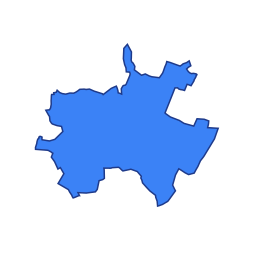 the district of Dambatta, Kano, Nigeria, rotated 114°
{"feature_id": "59680162B98747212970025", "entity_name": "Dambatta", "entity_type": "district", "adm_level": 2, "iso_a3": "NGA", "parent_name": "Nigeria", "parent_adm1": "Kano", "projection": "albers", "projection_center": [8.601, 12.428], "detail": "fine", "context": "isolated", "style": "filled", "palette": "blue", "viewbox_px": 256, "rotation_deg": 114, "n_neighbors": 0, "source": "geoboundaries", "source_scale": "gbopen_adm2", "svg_char_len": 2942}
<svg xmlns="http://www.w3.org/2000/svg" viewBox="0 0 256 256"><g transform="rotate(114 128 128)"><path d="M185.1,203.8L181.2,192.9L180.9,191.5L181.2,188.5L181.3,187.9L181.5,187.6L181.6,186.4L185.8,186.2L188.6,181.4L194.0,175.3L191.7,173.7L195.8,168.0L207.2,169.3L208.5,157.4L210.2,155.3L212.3,152.0L213.4,150.9L213.9,150.1L214.2,149.7L213.6,149.0L212.8,148.2L211.3,146.8L209.7,145.3L209.5,144.8L207.4,147.4L204.4,139.7L199.7,132.0L199.6,131.8L196.6,131.1L187.9,133.0L185.4,130.1L183.6,129.1L176.0,132.7L174.5,133.7L172.5,129.3L172.1,128.2L171.5,127.1L170.7,126.3L167.8,120.8L167.8,119.9L168.0,119.0L168.9,116.7L169.3,115.2L164.5,108.6L164.0,101.8L166.7,96.2L168.5,95.9L168.9,95.4L169.9,94.2L172.2,92.4L174.7,86.9L176.6,82.4L178.3,75.5L180.0,74.5L183.0,71.6L187.3,69.2L186.4,68.1L183.8,65.4L178.7,61.8L176.1,61.2L166.1,59.1L165.0,60.5L162.0,64.0L151.6,65.5L144.6,65.0L144.8,63.2L145.1,61.1L145.7,57.7L145.9,53.7L142.3,49.2L138.3,48.9L134.7,48.5L128.5,48.5L123.2,47.2L102.8,44.6L96.8,45.1L91.6,45.5L95.3,55.4L91.7,56.1L88.7,57.1L89.0,61.9L91.5,68.7L99.5,68.7L101.0,78.7L100.2,84.2L100.3,85.9L100.7,93.8L99.7,98.8L99.2,100.3L88.5,100.7L83.6,100.9L78.5,101.1L76.5,101.2L72.3,101.4L71.1,99.0L71.7,97.7L71.6,95.9L71.0,93.7L70.7,91.6L64.1,91.8L63.9,90.9L63.7,87.6L58.0,86.9L56.8,87.2L56.4,87.1L56.0,87.0L55.6,86.9L55.3,86.9L54.8,86.9L54.4,86.9L54.1,86.8L53.7,86.8L53.4,86.8L53.1,86.9L52.8,86.9L52.4,87.1L51.9,87.0L51.6,86.7L51.1,86.8L50.9,87.4L50.9,87.9L51.0,88.5L51.1,88.9L51.2,89.4L51.5,90.5L52.5,92.2L52.5,94.0L51.9,95.9L50.3,98.5L47.9,97.5L45.6,95.9L41.8,99.4L44.5,101.1L47.0,103.8L48.5,104.5L50.2,105.6L50.4,107.8L51.0,116.1L51.5,119.6L54.1,119.2L57.3,119.2L61.5,118.8L63.7,118.7L69.3,119.8L71.5,127.1L71.8,129.8L71.6,134.2L74.3,137.1L72.3,145.8L68.9,146.8L66.6,149.8L66.4,150.6L66.0,151.6L64.6,152.8L62.8,153.4L57.1,155.8L51.8,162.6L56.9,164.2L66.6,160.4L71.4,156.9L73.9,154.3L77.4,152.4L76.3,149.2L77.7,148.0L79.6,147.7L84.2,147.6L88.8,147.5L89.8,147.8L91.0,149.4L91.7,149.8L94.9,150.1L99.6,147.6L99.7,150.2L99.9,151.2L98.0,152.4L96.1,154.0L94.5,155.7L96.3,157.4L98.7,159.5L107.6,164.3L107.1,165.2L108.1,173.9L108.1,179.0L109.8,181.9L110.3,183.8L112.3,187.8L114.6,189.0L116.7,190.4L118.3,191.8L119.7,195.3L122.4,198.7L123.3,202.0L123.4,204.6L123.4,204.8L122.3,208.1L123.8,208.1L124.6,208.1L126.0,210.2L127.4,209.3L127.5,209.5L127.9,210.3L128.5,211.4L129.7,211.1L132.5,210.0L134.2,209.4L137.5,207.8L141.1,206.9L143.3,207.1L143.4,207.3L144.8,209.7L145.2,210.3L148.7,205.6L149.4,204.4L153.2,202.2L154.7,199.9L155.1,198.8L154.9,196.3L154.7,193.9L153.6,189.4L157.7,186.1L168.1,190.2L171.8,194.5L173.7,201.7L173.2,202.1L172.3,202.5L172.1,202.5L171.9,202.7L171.3,202.8L171.3,203.0L171.3,203.6L171.2,204.0L171.3,204.5L171.4,205.0L171.9,205.4L172.1,205.5L173.2,205.4L173.2,205.5L173.5,205.4L174.0,205.3L174.8,205.9L175.9,205.8L177.8,205.5L178.7,205.2L179.7,205.0L183.4,204.6L185.1,203.8Z" fill="#3b82f6" stroke="#1e3a8a" stroke-width="1.5"/></g></svg>